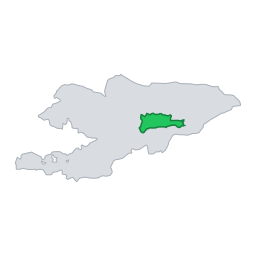 Naryn, Naryn, Kyrgyzstan (highlighted)
{"feature_id": "92254566B90021194946204", "entity_name": "Naryn", "entity_type": "district", "adm_level": 2, "iso_a3": "KGZ", "parent_name": "Kyrgyzstan", "parent_adm1": "Naryn", "projection": "albers", "projection_center": [76.24, 41.45], "detail": "fine", "context": "in_parent", "style": "filled", "palette": "green", "viewbox_px": 256, "rotation_deg": 0, "n_neighbors": 0, "source": "geoboundaries", "source_scale": "gbopen_adm2", "svg_char_len": 4524}
<svg xmlns="http://www.w3.org/2000/svg" viewBox="0 0 256 256"><path d="M51.9,152.4L52.6,152.0L54.7,151.7L59.1,151.6L60.5,152.0L63.4,153.9L65.7,153.8L66.1,154.1L66.9,155.6L70.1,153.6L72.4,153.0L73.7,150.9L76.2,148.4L78.3,148.0L78.4,148.5L78.7,148.9L80.8,149.6L81.5,148.9L81.9,148.0L81.2,146.4L81.2,145.8L82.0,144.9L85.3,146.5L86.0,146.5L87.6,145.7L89.1,144.3L89.6,143.2L96.7,139.9L97.2,139.2L97.1,138.7L94.3,137.8L93.0,138.2L91.7,138.2L91.0,137.6L87.5,137.2L86.8,136.8L84.6,134.1L81.7,132.3L80.3,132.3L78.6,133.0L78.1,132.6L78.1,130.1L77.9,128.6L76.9,128.2L75.6,128.7L72.1,127.8L71.8,124.6L70.7,121.8L68.9,120.6L68.9,118.9L68.3,118.2L67.7,118.4L66.9,119.2L67.2,121.0L66.8,122.8L66.4,123.7L65.5,124.4L64.6,124.3L63.0,123.3L62.5,128.8L62.2,129.2L60.3,128.3L58.7,128.5L56.5,128.0L54.8,127.0L51.5,125.8L50.0,124.7L49.3,120.9L48.5,119.5L47.6,119.2L44.0,120.2L40.5,117.7L38.7,117.1L38.3,116.4L38.4,115.6L44.2,111.8L46.6,109.1L48.0,108.0L51.6,107.0L52.5,104.4L52.8,104.1L56.4,103.1L60.4,101.0L60.6,100.4L60.2,99.8L56.8,97.5L55.0,98.4L54.0,97.1L54.0,95.8L55.4,93.8L56.4,92.8L56.9,90.7L58.4,89.5L60.0,87.4L61.9,85.7L65.2,84.5L67.0,85.1L68.8,84.9L71.5,83.9L73.1,83.9L79.8,85.9L82.1,86.1L87.3,88.5L91.4,89.7L93.3,91.9L99.9,93.0L101.8,93.7L102.4,94.7L104.2,96.1L105.8,96.4L104.6,91.4L105.2,88.5L107.6,80.5L108.7,79.3L114.2,77.1L115.5,75.5L119.3,75.6L120.2,75.3L120.6,74.4L132.5,81.7L137.0,83.8L143.2,85.7L148.6,86.3L149.5,85.9L151.6,83.1L152.6,83.0L165.8,83.5L175.3,82.0L176.6,82.1L180.2,83.6L191.3,83.9L195.7,84.8L202.7,84.3L205.6,84.4L211.0,86.2L212.8,86.6L216.3,86.8L217.6,86.4L218.4,86.9L219.2,89.3L222.6,92.4L223.9,94.1L225.1,94.7L231.4,95.0L233.7,95.6L239.7,101.4L240.6,104.8L240.1,105.6L234.0,106.3L232.6,106.9L231.2,109.6L223.1,113.1L221.9,113.1L211.0,119.4L203.4,124.7L203.2,127.1L198.8,132.8L195.4,133.5L192.5,133.5L187.8,135.2L181.7,134.7L179.7,134.8L175.7,134.1L174.1,134.5L172.4,135.7L170.1,140.1L169.1,141.2L168.7,142.2L168.3,144.3L167.4,146.6L165.4,150.1L163.7,151.7L162.1,152.7L160.9,150.6L158.8,152.0L156.9,151.7L155.7,152.2L152.9,154.0L148.9,153.9L148.5,153.3L147.7,148.2L147.1,145.8L146.5,145.3L145.8,145.2L140.0,149.1L137.4,149.8L135.2,149.9L132.3,148.7L131.7,149.0L131.2,149.6L131.0,150.4L131.8,152.7L131.5,153.1L130.3,153.0L128.4,153.5L122.8,158.1L119.3,159.2L116.1,159.6L114.1,160.4L113.0,162.1L110.7,166.9L110.8,167.9L111.6,169.2L112.2,172.1L112.0,172.9L110.2,175.3L108.0,175.9L106.2,176.2L102.9,175.8L101.1,176.2L97.9,178.0L95.2,178.2L90.3,178.1L85.5,177.2L83.9,177.3L79.6,178.2L78.0,179.9L77.2,181.4L76.7,181.6L75.1,180.1L73.0,177.5L71.9,177.5L68.0,179.3L67.4,179.2L66.3,178.4L66.6,175.3L65.4,174.6L62.8,174.3L62.0,173.5L62.4,171.5L62.1,170.8L61.5,170.1L60.1,170.2L57.3,171.7L54.0,172.1L52.9,172.6L51.5,174.7L47.2,174.9L45.9,174.3L43.5,170.1L41.3,169.4L39.1,169.3L35.9,170.2L35.3,169.3L34.5,169.0L33.7,169.6L30.0,169.5L26.2,169.1L24.0,168.5L22.6,168.4L19.7,169.3L16.3,169.2L16.2,165.4L15.4,162.7L16.7,158.6L17.4,157.3L19.9,159.1L20.8,158.9L21.1,158.1L20.9,156.2L22.3,154.2L31.5,152.1L41.1,156.9L42.3,159.6L43.1,159.6L44.6,158.5L45.2,156.2L47.2,155.1L51.6,153.8L51.9,152.4ZM56.4,162.1L56.7,161.7L56.0,159.7L57.1,157.9L55.1,157.5L54.1,156.9L53.1,154.9L52.7,154.8L52.1,155.3L51.7,156.5L51.9,157.8L53.3,159.2L52.4,161.8L55.4,162.2L56.4,162.1ZM45.9,163.2L45.9,162.7L45.2,162.4L41.5,161.4L41.6,161.9L42.9,164.0L44.0,164.1L45.9,163.2ZM68.4,161.2L68.6,160.0L66.4,160.6L66.1,161.1L66.8,162.0L67.8,162.3L68.4,161.2Z" fill="#d9dde1" stroke="#a8b0b8" stroke-width="1"/><path d="M152.2,128.0L154.2,127.9L156.3,127.7L158.0,126.9L160.3,126.9L162.6,126.8L164.6,126.9L166.4,127.4L167.1,126.5L168.1,126.2L170.0,125.8L170.8,125.4L174.7,125.1L175.7,125.4L175.8,125.4L176.4,125.9L177.4,126.9L178.9,127.5L180.0,127.3L181.4,126.1L181.8,125.9L183.4,125.8L184.4,125.4L183.6,125.0L183.3,124.3L183.2,123.3L182.3,122.2L183.6,121.6L183.8,119.9L183.0,120.0L180.5,120.9L178.3,120.5L174.9,120.5L170.6,120.6L170.5,119.4L170.6,117.7L171.2,116.7L171.1,115.5L170.3,114.9L168.9,115.7L166.1,115.7L165.4,115.0L162.8,115.0L162.1,114.2L161.1,113.7L159.7,113.7L158.9,114.3L156.5,114.4L155.5,114.6L153.2,113.3L152.6,113.4L151.3,113.8L150.0,114.8L146.9,113.5L145.6,115.8L144.6,116.6L143.1,115.6L142.3,115.0L141.2,114.7L140.7,117.3L141.0,119.1L142.1,120.1L142.2,121.8L141.3,124.1L141.0,125.5L140.5,126.6L140.2,127.4L139.5,127.5L139.4,128.6L140.3,129.8L140.5,131.2L141.9,132.4L143.1,132.8L144.2,132.2L144.8,131.1L145.6,130.5L146.5,129.0L146.7,128.8L148.0,128.8L148.5,128.3L150.7,127.8L152.2,128.0Z" fill="#22c55e" stroke="#15803d" stroke-width="1.5"/></svg>